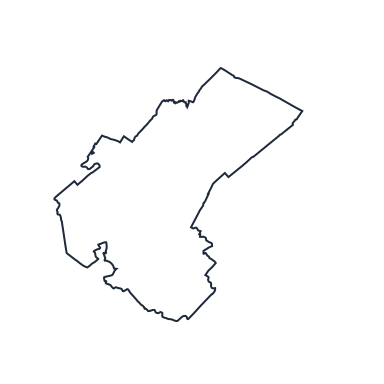 outline of Sarbii - Magura, Olt, Romania, rotated 143°
{"feature_id": "2599482B40554903092578", "entity_name": "Sarbii - Magura", "entity_type": "district", "adm_level": 2, "iso_a3": "ROU", "parent_name": "Romania", "parent_adm1": "Olt", "projection": "equal_earth", "projection_center": [24.696, 44.548], "detail": "fine", "context": "isolated", "style": "outline", "palette": "slate", "viewbox_px": 384, "rotation_deg": 143, "n_neighbors": 0, "source": "geoboundaries", "source_scale": "gbopen_adm2", "svg_char_len": 6047}
<svg xmlns="http://www.w3.org/2000/svg" viewBox="0 0 384 384"><g transform="rotate(143 192 192)"><path d="M305.2,269.9L305.4,269.6L306.1,269.3L306.3,268.9L306.0,267.9L305.1,266.6L305.5,264.2L305.4,263.7L304.9,263.1L304.9,262.6L305.6,261.5L305.9,261.1L308.3,259.8L310.1,259.3L310.9,258.8L311.5,256.6L312.3,256.2L312.7,255.0L312.5,254.6L311.3,253.5L311.4,252.3L312.3,250.1L313.4,248.3L313.6,247.0L325.8,224.5L328.7,219.0L328.8,218.4L325.9,207.8L325.4,206.7L324.5,202.9L323.7,200.3L323.2,198.7L322.7,197.6L321.3,195.1L320.9,194.7L317.4,194.7L315.4,195.0L311.3,194.6L307.3,194.9L307.1,195.0L307.1,195.3L307.7,197.1L307.7,198.2L307.5,199.0L306.6,200.6L306.1,201.7L306.1,202.1L306.3,203.5L306.2,203.7L305.9,203.8L303.2,203.5L302.1,203.2L300.2,202.3L299.3,202.5L299.0,202.7L298.8,203.0L298.9,204.5L298.6,206.2L298.5,206.4L296.1,205.6L293.1,204.8L291.3,204.0L290.9,203.7L290.9,203.3L291.5,202.0L292.9,199.9L294.2,198.3L296.5,196.7L297.0,195.4L297.3,195.1L297.7,195.0L298.1,195.2L298.5,196.0L298.8,196.4L299.2,196.5L299.7,196.3L299.8,195.9L299.9,194.9L300.7,192.9L300.8,191.7L301.2,191.3L302.7,190.3L303.0,189.9L302.9,189.6L301.3,188.3L299.6,184.9L299.3,182.6L299.3,181.1L299.5,179.9L300.3,177.9L298.6,176.1L300.1,176.0L300.9,175.8L304.3,174.1L305.7,173.7L307.3,174.2L312.4,176.5L313.5,176.8L314.1,176.2L315.3,173.7L315.2,173.3L314.3,172.6L314.2,172.3L314.3,172.1L315.4,171.6L315.7,171.2L315.7,170.7L314.3,168.7L313.3,167.2L313.1,166.1L313.1,164.1L312.8,162.3L312.2,162.0L310.4,161.9L310.0,161.6L308.8,159.8L307.2,158.0L306.8,157.4L306.6,156.7L306.9,154.6L306.8,154.3L306.4,154.0L305.9,153.8L302.2,153.4L301.8,153.0L301.6,150.9L301.9,150.2L301.9,148.6L301.4,142.6L301.1,138.0L301.2,137.4L300.8,136.2L300.5,132.4L299.8,131.0L299.7,130.6L299.7,129.4L299.5,128.9L299.7,128.4L299.6,127.8L300.1,127.4L300.1,127.2L299.3,126.7L299.1,126.4L298.8,125.4L298.7,123.3L298.2,122.9L296.7,122.1L295.9,122.0L294.0,121.2L293.1,120.5L292.9,120.1L292.9,119.8L293.4,118.0L293.1,116.8L291.8,115.5L289.7,115.2L289.1,114.8L288.9,114.4L288.6,113.5L288.6,112.9L290.2,111.2L290.6,110.5L290.7,110.0L289.3,107.7L288.4,106.7L288.2,106.1L287.4,104.9L285.2,102.8L284.3,101.6L283.5,100.0L282.0,98.2L281.2,97.8L280.4,97.8L275.0,98.3L273.6,98.1L272.9,97.8L271.7,96.9L271.5,96.4L271.5,95.3L272.0,93.8L272.0,93.2L271.7,92.9L271.4,92.8L262.6,94.2L253.2,96.0L237.9,98.5L237.7,98.3L237.4,98.2L235.8,98.5L233.8,99.0L232.0,100.4L231.4,101.3L232.1,101.6L232.9,102.2L233.8,103.3L233.9,103.8L233.7,104.7L233.2,105.8L232.9,106.0L232.7,106.4L232.1,106.8L231.6,108.0L231.6,108.3L231.8,108.5L231.8,108.9L232.2,109.5L232.5,110.2L232.5,110.7L232.4,111.3L231.8,112.4L230.3,113.6L230.0,114.3L231.3,117.6L226.2,119.3L220.9,119.9L215.8,121.0L215.7,122.3L215.8,123.2L216.6,125.5L216.9,127.0L217.7,128.3L217.8,128.6L217.8,129.0L217.5,129.6L217.4,130.0L217.5,130.6L217.8,131.3L218.0,132.0L217.9,133.3L217.8,134.3L217.8,134.9L218.1,135.3L218.4,135.4L219.7,135.5L219.9,135.8L219.8,136.1L218.3,138.0L217.5,137.9L216.4,138.0L215.0,137.7L212.2,137.6L209.5,137.0L208.5,136.7L207.3,138.5L207.2,139.5L207.3,139.9L208.4,141.4L209.7,144.7L209.6,145.2L208.8,146.3L208.7,146.7L208.9,148.0L210.1,149.8L211.2,150.2L212.6,151.4L210.9,153.3L211.6,153.9L208.7,155.5L210.1,157.4L210.2,157.6L209.9,160.3L210.0,160.8L210.6,161.4L212.8,162.0L213.1,162.3L214.0,164.4L200.5,170.8L196.6,172.7L191.7,174.3L191.2,174.5L190.1,175.8L189.6,176.1L189.1,176.0L188.5,176.4L187.3,176.6L179.9,180.5L180.3,180.9L173.4,184.2L170.6,185.8L168.1,186.2L154.3,187.4L153.9,182.0L136.6,182.6L131.2,182.9L123.5,183.7L122.7,183.6L121.9,183.2L121.0,183.2L88.4,184.5L87.9,184.7L87.5,184.8L86.2,184.4L71.4,184.9L71.0,184.9L70.7,185.3L70.6,185.9L70.1,186.4L67.0,187.1L66.0,187.6L65.0,187.1L64.3,187.1L62.5,187.9L55.2,190.3L58.2,196.7L64.5,211.2L65.4,213.5L67.6,217.7L70.2,223.2L71.7,227.3L72.2,227.8L73.9,230.6L79.2,241.5L85.8,254.1L86.7,255.3L88.0,256.4L88.8,257.6L89.1,257.8L89.1,258.4L88.8,259.0L88.9,260.0L89.7,261.5L90.0,262.7L90.4,263.6L92.6,269.7L94.2,273.3L94.5,273.7L95.3,273.7L100.7,272.7L109.0,271.5L118.0,270.4L120.5,270.2L123.2,269.1L124.9,268.8L126.1,268.0L128.4,267.4L131.7,266.1L133.0,265.4L133.6,264.8L135.2,263.8L136.8,263.0L137.1,263.0L137.6,263.5L137.9,264.4L138.6,265.5L139.7,266.8L140.6,265.5L140.9,265.2L142.0,264.4L144.7,262.7L144.6,263.2L144.8,264.1L144.7,264.2L143.5,265.2L143.5,265.5L143.8,266.4L143.5,266.9L143.0,267.3L143.8,268.1L144.0,268.7L144.3,269.0L144.4,269.4L144.4,269.8L144.0,269.9L143.8,270.1L143.8,270.6L144.1,270.7L145.4,270.7L146.3,271.9L146.6,271.9L146.7,271.4L146.9,271.4L147.7,272.4L148.0,272.3L148.3,271.9L148.9,272.2L150.0,272.2L150.7,272.6L150.7,273.0L150.8,273.2L151.6,272.9L151.9,272.9L152.0,273.4L152.5,273.9L152.5,274.5L151.9,274.8L152.1,275.5L151.6,276.2L151.6,276.9L152.0,277.2L153.3,277.3L153.5,278.1L153.9,278.2L154.1,278.6L154.5,278.8L155.0,279.3L155.5,279.1L156.5,278.9L156.6,279.8L157.1,280.5L157.6,280.6L157.9,280.4L158.5,280.4L158.6,280.5L158.6,281.0L158.8,281.2L158.8,281.8L159.0,282.0L159.7,281.9L160.0,282.3L161.7,282.2L171.0,278.5L171.3,278.1L172.0,277.5L173.3,275.6L173.9,275.2L174.4,275.2L176.6,275.6L177.9,275.6L178.2,275.5L179.2,274.8L180.5,274.4L182.2,274.3L186.6,273.2L190.2,272.6L191.5,272.5L192.2,272.2L192.8,272.1L199.6,271.0L200.6,270.7L201.9,270.0L203.8,270.3L205.0,269.9L205.7,269.5L207.0,268.4L208.9,268.3L209.6,268.0L210.6,270.6L212.9,277.5L219.6,274.9L220.4,276.9L221.1,278.1L223.1,280.9L225.0,283.1L226.8,286.6L228.5,288.8L229.9,291.2L239.5,287.9L240.1,288.9L243.4,287.4L243.1,286.6L247.3,285.2L246.9,282.4L248.7,282.6L248.2,283.7L248.1,284.8L254.1,282.9L254.5,281.5L254.8,281.1L255.7,280.4L256.9,279.9L257.6,279.8L261.3,280.2L263.3,280.3L263.7,280.2L264.6,279.6L264.6,279.3L264.5,278.7L264.1,278.0L263.3,277.3L262.1,276.6L261.5,275.8L261.2,274.5L261.3,273.0L260.8,272.5L260.3,272.2L259.5,271.9L257.0,272.1L255.4,272.0L253.9,272.8L253.1,272.9L252.5,272.8L250.4,271.9L250.2,271.7L250.0,271.2L249.8,269.3L249.9,268.8L250.8,267.5L259.8,267.5L261.4,267.8L265.2,267.8L273.0,267.0L279.2,266.7L279.4,271.4L300.1,270.3L305.2,269.9Z" fill="none" stroke="#1e293b" stroke-width="2"/></g></svg>